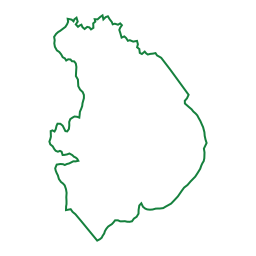 outline of Piripá, Bahia, Brazil
{"feature_id": "56859067B26394127127445", "entity_name": "Piripá", "entity_type": "district", "adm_level": 2, "iso_a3": "BRA", "parent_name": "Brazil", "parent_adm1": "Bahia", "projection": "equal_earth", "projection_center": [-41.743, -15.002], "detail": "fine", "context": "isolated", "style": "outline", "palette": "green", "viewbox_px": 256, "rotation_deg": 0, "n_neighbors": 0, "source": "geoboundaries", "source_scale": "gbopen_adm2", "svg_char_len": 2717}
<svg xmlns="http://www.w3.org/2000/svg" viewBox="0 0 256 256"><path d="M54.1,36.9L54.7,40.2L54.3,43.4L54.9,46.8L56.9,50.4L59.3,52.0L61.2,54.4L62.7,57.2L64.9,58.4L66.2,60.5L68.2,59.3L70.5,59.5L71.9,61.2L74.2,61.4L75.8,63.5L76.4,67.0L76.1,71.8L75.9,76.1L77.9,79.5L78.3,86.2L80.1,89.6L82.7,92.1L83.9,95.0L83.9,98.2L83.2,100.7L82.5,103.2L82.2,106.0L81.2,108.8L79.9,111.8L79.7,114.3L79.3,117.6L77.1,116.8L74.5,116.5L72.5,117.6L70.3,119.1L69.2,122.0L69.3,125.4L68.9,129.0L67.2,131.4L65.4,131.1L63.7,127.7L62.7,125.7L60.4,123.8L57.5,123.7L56.5,125.9L55.7,129.3L54.5,131.5L52.4,130.4L50.7,131.1L50.8,133.9L50.9,136.7L50.3,139.0L49.4,141.6L50.3,144.4L52.7,146.3L54.3,149.1L55.7,150.8L57.9,151.7L59.9,150.9L61.6,151.7L62.6,155.0L64.4,154.9L67.1,154.4L69.4,153.5L72.3,155.1L73.9,156.7L75.6,157.5L77.2,158.8L78.3,160.8L75.5,161.4L73.3,161.3L70.8,162.6L69.0,163.5L66.9,164.0L64.8,165.0L63.0,164.2L60.4,164.0L56.7,164.6L55.2,168.3L55.7,170.6L56.7,173.1L57.9,175.4L58.9,179.0L61.0,182.0L63.0,183.5L64.7,185.4L66.0,189.2L66.6,192.9L66.3,197.2L66.5,201.0L66.5,204.1L66.1,206.4L66.0,210.1L70.7,209.2L72.6,211.9L75.4,214.2L81.1,221.0L97.2,240.6L99.9,239.2L101.7,237.7L102.7,235.7L104.2,233.5L104.9,231.2L106.3,228.8L108.1,226.6L110.0,225.3L111.8,224.2L113.4,222.5L115.1,220.3L117.9,220.3L120.1,221.3L122.6,221.3L124.9,221.2L127.1,221.7L129.6,221.8L132.0,221.3L133.9,218.6L136.6,216.8L138.5,213.7L138.6,209.9L139.3,205.5L141.3,203.3L143.0,206.8L145.2,208.6L147.2,209.4L149.9,209.7L152.6,209.5L155.8,208.6L160.0,208.5L163.2,208.1L165.5,206.7L167.7,205.5L171.1,203.6L173.9,200.7L177.9,196.4L181.9,190.6L184.1,187.6L187.5,185.0L190.6,181.4L195.2,176.7L197.5,173.2L200.2,168.8L201.3,165.6L202.3,163.4L203.7,161.1L204.3,158.3L204.4,155.8L204.5,152.4L203.9,148.6L205.4,145.5L206.6,143.0L205.5,139.5L204.7,135.9L204.4,132.2L203.8,129.9L203.1,127.2L202.0,124.8L200.4,121.1L198.6,117.9L197.3,115.4L195.7,113.6L193.3,111.5L191.6,109.3L189.0,107.1L186.6,105.0L184.9,103.5L184.8,100.8L187.0,98.3L188.6,94.8L170.0,69.3L161.2,57.8L159.5,56.8L157.0,55.4L155.5,53.1L153.1,53.6L150.2,53.9L147.8,54.5L146.2,53.4L144.7,51.6L141.9,54.0L139.8,52.9L139.3,49.0L137.1,47.3L137.9,44.3L137.0,40.9L133.2,41.6L129.8,40.2L127.9,40.8L126.1,38.0L124.3,36.4L121.6,37.6L120.4,33.3L119.3,29.9L120.2,27.7L121.9,25.2L120.2,23.4L118.0,24.7L114.8,23.7L112.7,24.3L111.8,22.0L109.7,19.3L107.9,16.3L105.7,17.1L103.4,19.4L102.5,15.4L100.3,16.9L97.5,19.4L94.7,19.2L95.3,21.6L93.2,23.4L93.4,27.8L91.0,29.4L89.4,27.4L87.2,26.9L84.6,29.0L82.5,27.2L81.4,24.7L79.7,25.5L78.0,26.8L75.8,24.4L77.7,21.6L76.5,17.7L74.4,19.3L73.5,21.3L71.6,19.6L67.7,18.8L68.1,21.8L67.1,24.2L65.4,26.9L62.6,29.0L60.1,30.9L58.2,32.0L56.1,33.9L54.1,36.9Z" fill="none" stroke="#15803d" stroke-width="2"/></svg>